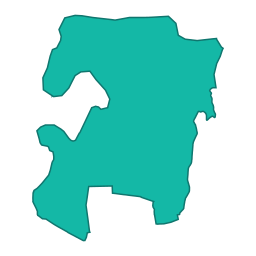 the district of Adh Dhihar, Ibb, Yemen
{"feature_id": "15242507B70746280021443", "entity_name": "Adh Dhihar", "entity_type": "district", "adm_level": 2, "iso_a3": "YEM", "parent_name": "Yemen", "parent_adm1": "Ibb", "projection": "equal_earth", "projection_center": [44.168, 13.976], "detail": "fine", "context": "isolated", "style": "filled", "palette": "teal", "viewbox_px": 256, "rotation_deg": 0, "n_neighbors": 0, "source": "geoboundaries", "source_scale": "gbopen_adm2", "svg_char_len": 4582}
<svg xmlns="http://www.w3.org/2000/svg" viewBox="0 0 256 256"><path d="M216.0,87.7L214.0,74.5L216.7,63.5L220.2,56.4L222.3,50.0L223.1,48.3L221.4,47.1L216.6,39.3L216.5,38.5L212.4,38.9L197.2,40.6L191.2,39.9L185.2,39.2L178.3,35.3L177.6,31.9L175.9,23.4L171.4,19.1L168.4,16.3L158.3,16.9L153.0,17.2L148.7,17.4L143.6,17.5L132.5,17.5L129.4,17.5L123.4,18.6L115.1,20.1L111.4,19.6L106.8,19.1L92.7,17.5L82.1,15.8L75.1,15.4L64.8,17.9L59.0,29.5L61.2,36.3L60.6,40.5L56.8,47.9L52.5,49.6L50.2,56.1L47.4,67.9L42.9,77.8L43.4,89.8L52.2,95.7L52.2,96.0L52.4,95.8L53.6,96.6L59.2,95.9L61.8,95.6L65.8,91.3L68.8,88.0L71.8,82.0L75.1,75.6L80.8,71.9L89.9,71.2L96.0,79.6L105.5,90.2L109.8,99.1L107.6,107.7L105.4,108.2L100.9,109.3L98.5,107.0L95.6,106.3L91.7,107.7L91.3,108.6L79.8,132.8L79.3,133.1L75.5,140.3L73.1,141.1L70.8,140.3L68.8,138.3L63.8,131.4L60.9,129.1L58.4,127.6L54.2,125.0L51.3,125.0L45.4,125.0L40.6,127.1L36.9,130.8L39.2,138.8L40.1,142.7L41.4,144.7L41.9,145.1L47.4,146.2L48.5,146.9L49.4,149.6L49.7,150.5L53.0,151.9L53.4,154.1L53.8,156.7L53.7,159.6L52.3,162.0L51.9,163.3L50.9,167.7L50.3,170.3L48.7,175.1L42.2,183.1L39.3,186.2L37.1,188.4L34.2,190.3L33.8,191.3L33.5,192.3L33.4,192.1L33.1,193.0L32.9,197.9L33.0,200.8L32.9,201.6L33.7,203.4L36.1,208.2L37.4,211.3L37.4,214.4L37.8,215.4L38.4,215.7L41.7,218.2L42.5,218.8L43.2,218.8L45.4,219.0L46.1,219.1L47.0,219.7L53.5,224.0L55.1,225.0L58.2,226.8L67.5,232.0L68.0,232.5L83.3,240.6L84.9,240.5L86.4,237.3L87.3,232.8L89.9,232.2L89.5,231.4L88.0,219.8L86.0,205.1L87.2,197.2L88.7,186.5L102.3,186.2L112.2,186.0L112.5,193.2L115.4,193.5L123.6,194.6L125.8,194.8L129.4,195.3L135.3,196.0L140.8,196.7L141.1,197.2L143.7,198.1L152.4,201.1L153.7,201.5L153.1,202.5L153.0,203.7L152.8,205.7L153.2,207.4L153.8,208.3L154.4,209.4L154.2,211.4L154.3,213.1L154.4,214.7L154.6,215.1L156.1,223.9L157.6,224.1L160.2,223.9L161.5,223.9L164.0,223.8L170.7,222.3L171.3,222.1L178.2,219.4L178.0,218.0L177.5,215.7L177.4,214.8L179.5,214.5L179.7,214.1L179.8,213.0L180.2,212.4L180.5,212.2L181.3,211.3L182.2,210.3L183.0,209.5L183.5,208.8L183.8,208.2L183.8,207.6L183.8,207.3L183.9,206.9L183.9,206.7L184.1,205.3L184.2,204.4L184.4,203.5L184.6,202.4L184.7,201.5L185.1,200.0L185.1,199.9L185.2,199.7L185.3,199.1L185.5,198.2L185.8,197.6L186.2,197.2L186.4,196.7L187.0,195.8L187.7,194.5L188.5,193.1L189.0,192.1L189.3,191.4L189.4,190.6L189.5,189.9L189.4,189.1L189.5,188.3L189.5,188.1L189.5,187.5L189.4,187.1L189.4,186.7L189.1,185.7L188.9,185.1L188.8,184.6L188.6,184.0L188.5,183.4L188.3,183.2L188.3,182.9L187.8,181.2L187.7,180.9L187.6,180.4L187.5,179.7L187.5,178.8L187.7,176.9L187.7,176.5L187.8,175.6L187.9,174.5L188.0,172.7L188.0,171.8L188.1,171.3L188.2,169.7L188.3,168.9L188.5,167.9L188.7,167.4L189.0,166.9L189.3,166.3L190.0,165.4L190.7,164.2L191.1,163.5L191.3,162.9L191.4,162.6L191.6,161.9L191.6,161.1L191.8,159.6L191.9,159.2L192.0,156.3L192.2,153.7L192.3,152.1L192.5,150.3L192.7,147.6L192.9,145.2L192.9,144.9L192.9,144.4L193.0,143.8L193.2,143.0L193.3,142.4L193.7,141.2L194.4,139.6L195.0,138.3L196.1,135.9L196.8,134.5L197.1,133.8L197.2,132.9L197.0,131.7L196.7,130.8L196.7,130.3L196.6,129.8L196.3,128.2L196.1,127.5L195.7,126.0L195.5,124.9L195.0,124.2L194.1,122.5L193.9,122.3L193.7,121.8L193.7,121.5L193.6,121.2L193.7,120.7L193.9,120.1L194.3,119.2L194.7,118.6L195.0,118.0L195.5,117.1L196.0,116.0L196.5,115.0L197.1,113.9L197.4,113.1L197.8,112.6L198.1,111.9L198.3,111.6L198.5,111.4L199.1,111.4L199.4,111.5L199.6,111.6L199.9,111.7L200.2,111.8L200.4,111.9L200.6,112.0L200.8,112.0L201.1,111.9L201.3,111.8L202.0,111.5L202.5,111.4L203.4,111.4L203.8,111.6L204.2,111.9L204.7,112.3L205.1,112.6L205.5,113.1L206.0,113.9L206.2,114.4L206.4,115.0L206.5,116.1L206.5,117.5L206.5,118.4L206.5,119.0L206.5,119.4L206.5,119.7L206.6,119.9L206.7,120.1L207.0,120.2L207.7,119.7L208.2,119.2L208.9,118.5L209.4,118.0L210.0,117.6L210.5,117.2L211.2,116.8L211.9,116.4L212.2,116.3L212.5,116.2L213.0,116.4L213.3,116.7L214.1,117.2L214.3,117.4L214.5,117.5L214.8,117.4L215.0,117.2L215.2,116.8L215.3,115.9L215.4,114.8L215.4,114.3L215.4,114.1L215.2,113.7L215.0,113.2L214.8,112.9L214.6,112.7L214.3,111.8L214.1,111.3L213.7,110.3L213.6,109.8L213.5,109.2L213.6,108.1L213.6,107.2L213.5,106.7L213.4,106.1L213.1,105.1L212.6,104.1L212.2,103.2L212.0,102.6L211.9,102.3L211.9,101.9L211.9,101.3L211.9,100.7L212.0,99.8L212.0,99.3L212.0,98.9L211.9,98.5L211.9,98.1L211.7,97.8L211.4,97.3L211.3,96.9L210.9,96.3L210.8,96.0L210.7,95.6L210.7,95.2L210.8,94.8L210.9,94.5L211.1,94.2L211.3,93.7L211.4,93.4L211.4,93.2L211.2,92.8L210.9,92.4L210.6,92.1L210.1,91.4L209.7,90.7L210.3,89.3L211.9,88.1L212.9,87.7L216.0,87.7Z" fill="#14b8a6" stroke="#0f766e" stroke-width="1.5"/></svg>